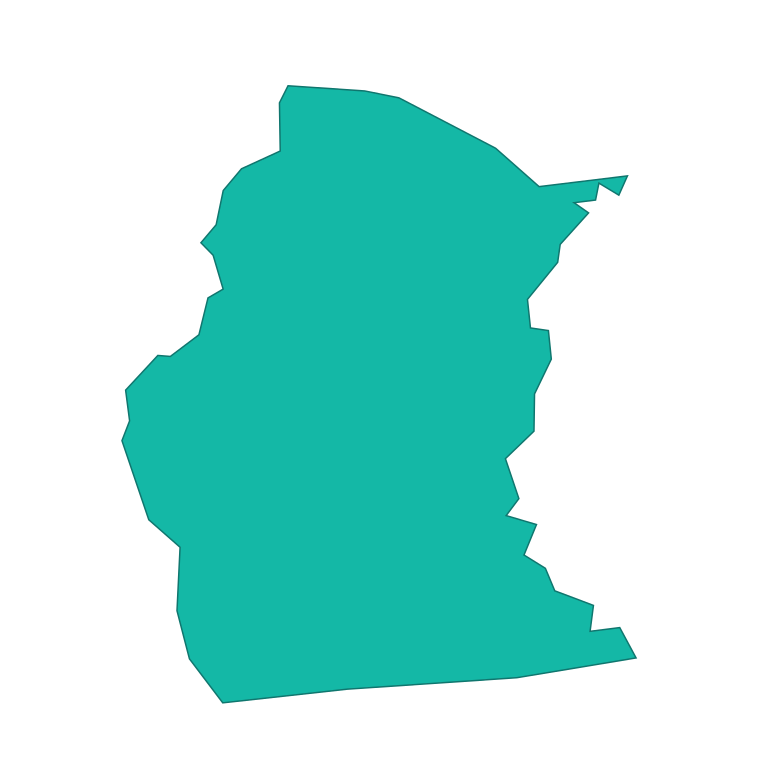 Prince Edward, Virginia, United States of America, rotated 83°
{"feature_id": "52423323B85213242879906", "entity_name": "Prince Edward", "entity_type": "district", "adm_level": 2, "iso_a3": "USA", "parent_name": "United States of America", "parent_adm1": "Virginia", "projection": "mercator", "projection_center": [-78.472, 37.239], "detail": "fine", "context": "isolated", "style": "filled", "palette": "teal", "viewbox_px": 768, "rotation_deg": 83, "n_neighbors": 0, "source": "geoboundaries", "source_scale": "gbopen_adm2", "svg_char_len": 803}
<svg xmlns="http://www.w3.org/2000/svg" viewBox="0 0 768 768"><g transform="rotate(83 384 384)"><path d="M207.1,117.0L207.0,206.0L163.6,244.5L101.8,334.3L90.8,367.4L76.3,442.9L92.2,453.5L140.1,458.6L153.0,499.2L172.4,520.0L205.5,531.2L221.5,548.5L235.4,537.9L270.2,532.1L277.1,548.2L312.6,561.7L330.6,592.7L328.1,605.0L358.6,641.2L389.6,641.0L408.3,651.0L490.1,634.0L521.2,606.3L583.8,617.1L633.1,610.6L680.8,582.9L682.4,457.8L691.7,287.8L686.6,167.2L654.5,179.7L654.6,209.6L629.3,203.1L610.1,239.7L586.6,246.3L570.8,265.9L542.1,249.8L529.5,278.8L514.2,264.1L472.9,272.6L449.1,240.9L412.2,235.8L379.7,214.9L351.0,214.3L346.2,231.8L317.5,231.3L284.4,196.8L266.9,192.1L239.1,160.1L227.2,173.3L227.2,151.6L210.8,146.2L225.2,127.9L207.1,117.0Z" fill="#14b8a6" stroke="#0f766e" stroke-width="1.5"/></g></svg>